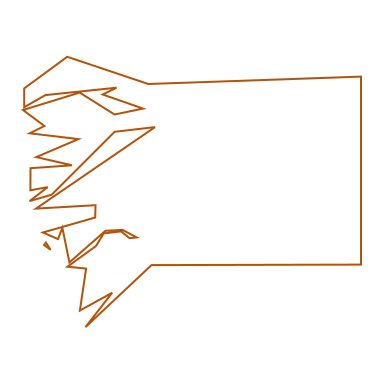 the state/province of Qeqqata Kommunia
{"feature_id": "GRL-2741", "entity_name": "Qeqqata Kommunia", "entity_type": "state/province", "adm_level": 1, "iso_a3": "GRL", "parent_name": "Greenland", "parent_adm1": "", "projection": "mercator", "projection_center": [-52.028, 66.171], "detail": "coarse", "context": "isolated", "style": "outline", "palette": "amber", "viewbox_px": 384, "rotation_deg": 0, "n_neighbors": 0, "source": "natural_earth", "source_scale": "10m", "svg_char_len": 687}
<svg xmlns="http://www.w3.org/2000/svg" viewBox="0 0 384 384"><path d="M85.4,327.2L112.2,292.7L79.9,310.5L86.1,268.6L67.5,266.7L96.0,246.0L103.7,233.4L121.2,231.4L129.5,238.2L136.7,237.4L122.5,229.9L105.4,230.8L69.4,262.4L62.4,227.8L58.0,239.1L42.9,232.5L95.2,217.5L95.5,205.2L36.0,208.6L155.0,127.1L114.6,131.8L51.7,194.7L29.6,201.1L47.7,187.1L30.4,190.3L30.5,168.2L72.0,165.3L36.2,157.1L78.3,139.1L29.7,133.3L44.4,126.0L23.0,110.0L79.7,92.6L114.5,114.5L143.0,108.6L102.7,94.5L116.6,87.7L45.4,95.1L24.2,107.2L24.2,88.4L67.2,56.8L148.2,84.0L361.0,76.6L361.0,264.6L151.5,265.1L85.4,327.2ZM45.9,242.6L50.6,249.8L44.0,245.0L45.9,242.6Z" fill="none" stroke="#b45309" stroke-width="2"/></svg>